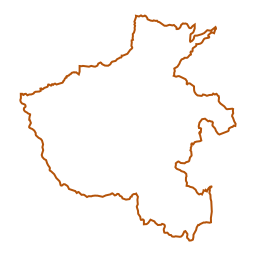 the border of Henan
{"feature_id": "CHN-1812", "entity_name": "Henan", "entity_type": "Province", "adm_level": 1, "iso_a3": "CHN", "parent_name": "China", "parent_adm1": "", "projection": "equal_earth", "projection_center": [114.102, 33.88], "detail": "fine", "context": "isolated", "style": "outline", "palette": "amber", "viewbox_px": 256, "rotation_deg": 0, "n_neighbors": 0, "source": "natural_earth", "source_scale": "10m", "svg_char_len": 5770}
<svg xmlns="http://www.w3.org/2000/svg" viewBox="0 0 256 256"><path d="M141.0,15.4L142.3,16.3L144.1,16.1L144.8,15.6L145.6,15.9L147.1,17.7L147.6,19.3L150.7,20.6L152.9,20.9L153.7,20.4L155.7,20.9L157.0,20.7L157.8,21.7L159.5,22.2L164.4,25.7L166.5,25.8L169.5,24.8L172.4,25.4L173.9,25.0L176.3,27.2L176.6,27.7L176.5,28.9L176.9,29.1L178.4,28.9L179.1,28.5L180.3,27.2L181.2,24.9L183.0,23.4L183.9,23.7L185.6,23.5L187.1,24.1L189.2,27.8L190.1,28.2L191.0,28.0L192.6,26.1L194.7,24.6L194.7,28.5L193.5,31.9L192.7,32.9L190.9,34.0L190.5,34.7L190.0,41.0L190.4,41.8L192.0,40.9L193.3,39.5L193.8,38.5L194.3,36.3L195.0,35.6L197.1,35.6L201.8,34.2L204.2,33.1L207.3,30.2L210.5,30.7L211.7,30.1L215.5,27.1L216.0,28.2L215.9,29.0L215.1,29.8L214.1,33.2L211.8,32.3L211.4,32.7L211.1,32.6L208.4,35.0L208.2,35.9L209.1,36.7L209.2,37.1L208.8,37.7L205.0,38.4L203.9,39.2L202.3,42.0L201.4,43.0L200.1,43.7L197.4,44.2L196.3,44.1L196.3,45.3L195.9,46.1L192.9,48.2L192.6,48.9L192.6,50.8L192.3,51.5L190.8,51.6L190.5,52.5L191.0,54.2L190.8,54.7L189.7,55.1L187.7,57.4L187.0,57.8L184.4,57.8L183.8,58.6L181.6,59.4L180.2,61.6L179.4,63.7L177.4,66.7L174.3,68.5L174.8,71.1L174.2,72.8L174.2,74.8L173.7,75.8L176.1,76.7L178.2,76.1L179.3,76.2L185.5,79.2L186.9,81.2L186.7,83.9L187.2,84.3L188.2,83.4L189.8,83.4L194.0,86.4L194.1,90.1L194.5,91.8L195.9,94.0L197.5,95.4L201.4,95.9L202.3,95.5L203.0,94.5L204.9,94.9L206.9,95.8L209.4,95.0L212.3,94.8L213.2,93.6L214.9,94.5L216.3,93.8L216.9,94.2L217.8,95.7L218.6,96.0L219.0,97.5L218.7,100.5L218.8,101.4L220.4,103.5L224.3,106.4L226.1,108.7L227.0,109.2L232.4,108.7L233.1,109.0L232.9,111.0L233.2,113.3L232.3,114.9L232.1,116.2L233.1,118.1L234.2,121.3L235.6,123.8L235.3,126.0L233.6,125.7L232.6,126.9L231.6,127.0L229.3,128.2L228.9,128.7L228.6,130.6L228.2,131.1L219.4,134.5L217.9,133.6L216.0,130.9L215.1,128.5L212.6,125.8L212.4,125.1L212.9,122.7L212.3,121.7L210.5,121.3L209.5,120.8L208.2,121.3L205.0,118.7L202.1,119.2L199.5,122.6L198.7,126.3L199.0,128.0L200.7,128.2L201.1,128.7L200.8,132.3L200.6,132.6L199.7,132.1L199.2,133.0L200.1,135.2L201.3,140.5L199.9,141.2L196.6,141.6L194.7,142.2L193.2,144.4L192.7,144.3L192.0,143.4L191.6,143.6L191.3,144.3L191.5,146.2L190.8,147.6L190.9,149.0L190.4,150.4L191.2,151.4L191.6,155.1L191.5,155.7L190.0,157.5L189.2,160.8L188.5,161.5L186.1,162.2L184.6,163.3L180.8,163.0L178.6,161.5L177.8,161.7L175.8,163.3L175.9,165.0L175.4,167.1L176.2,168.3L177.1,169.0L180.1,170.1L181.3,171.1L184.2,172.0L186.2,173.8L186.5,176.3L186.0,177.4L185.9,180.1L186.1,181.1L187.0,182.8L186.6,185.8L188.7,186.1L190.0,186.8L192.8,187.5L195.6,189.7L197.0,192.5L198.6,194.1L199.2,194.4L200.7,193.8L201.5,193.9L202.0,194.4L203.4,191.5L203.6,190.3L205.3,190.9L205.7,190.0L206.9,191.3L207.6,189.8L208.8,188.0L210.2,186.7L211.4,186.5L211.5,186.8L209.7,188.5L209.4,189.3L209.9,190.0L209.4,193.0L210.4,194.8L210.6,198.7L211.3,201.4L211.8,211.7L210.9,218.1L211.0,222.3L209.7,222.7L206.1,222.2L205.1,222.6L203.6,222.5L200.0,224.2L199.2,225.0L198.2,224.9L196.7,227.4L196.1,230.0L193.5,234.7L193.4,237.2L192.9,239.6L191.6,240.3L189.8,240.6L189.3,240.5L188.5,239.1L187.2,237.9L187.0,236.6L187.4,235.1L187.4,233.9L185.4,231.1L184.3,231.5L182.6,235.1L181.2,236.5L179.9,236.8L175.6,236.3L174.2,236.7L172.7,236.6L171.9,236.3L171.1,235.1L169.3,234.9L167.4,232.7L165.0,232.8L164.3,232.5L163.8,230.2L163.8,229.0L164.7,227.1L164.9,226.0L164.5,224.9L163.8,224.4L162.1,223.9L161.0,224.8L157.9,225.0L155.4,222.9L154.4,221.4L150.5,219.7L148.3,222.8L147.4,223.6L146.5,224.1L143.9,224.3L143.9,220.3L142.8,219.4L141.9,219.9L141.0,219.9L140.6,219.1L140.2,216.7L138.2,213.8L138.0,210.7L136.9,207.3L136.8,206.5L137.8,204.3L137.4,199.8L137.9,196.7L136.1,193.6L135.4,194.1L134.0,194.0L132.6,194.7L132.1,195.3L131.7,196.6L131.0,196.6L130.3,197.3L129.9,198.5L129.4,199.1L126.0,199.6L122.5,198.4L121.9,197.0L121.3,196.4L119.9,195.9L119.0,194.4L118.5,194.0L117.3,193.9L115.9,195.1L114.8,195.4L112.5,193.4L111.4,193.6L110.7,194.3L105.8,195.4L102.7,196.8L97.6,195.7L94.9,195.6L92.4,195.9L91.5,196.3L88.7,196.2L87.0,197.0L84.4,195.0L83.4,194.7L81.5,194.8L78.7,192.1L78.2,192.0L76.8,193.0L75.3,191.1L69.0,189.0L67.8,186.4L67.2,185.8L64.9,184.3L63.7,184.2L61.8,185.6L61.0,185.5L60.5,184.9L60.0,182.4L59.4,181.1L56.3,178.0L54.2,174.2L51.2,171.4L49.8,170.5L49.6,169.8L49.9,168.2L49.7,167.5L48.0,165.1L47.0,163.0L46.1,160.1L44.1,159.0L42.4,157.1L41.7,155.0L43.2,150.1L42.4,147.2L43.1,144.4L42.0,140.5L40.8,139.0L38.6,137.8L36.0,135.4L35.7,134.5L35.7,133.0L34.3,130.6L32.3,129.0L30.1,128.1L29.2,127.4L29.2,126.4L30.9,123.0L29.8,120.1L29.3,120.0L29.2,119.6L29.6,116.5L30.1,115.1L30.1,114.3L28.0,113.4L27.1,112.6L25.1,111.5L24.3,110.6L23.9,109.8L23.9,108.7L24.1,108.0L25.4,106.9L25.6,106.2L25.3,105.1L24.6,104.4L21.9,103.4L20.8,101.9L20.4,100.7L20.4,99.7L20.9,98.2L20.8,93.8L22.2,93.8L23.3,95.0L23.7,94.9L24.2,94.1L25.8,93.8L27.4,95.3L29.2,94.5L31.4,94.4L33.4,93.6L33.8,93.3L34.1,92.6L35.4,91.8L39.4,91.5L40.8,90.7L40.4,88.6L41.2,88.4L42.5,89.3L43.1,89.0L44.3,87.9L47.2,86.9L47.7,86.5L48.2,84.6L48.8,84.5L51.0,85.6L51.4,85.5L51.8,84.4L52.2,84.2L53.2,84.8L54.3,83.8L55.1,83.6L56.5,84.5L62.4,82.7L62.8,82.4L63.3,81.1L64.0,80.6L65.0,78.4L66.6,77.5L66.3,76.6L66.8,76.1L68.7,75.6L69.5,74.6L70.6,74.2L71.8,72.8L74.1,72.2L74.7,72.5L76.1,72.3L78.8,74.4L79.6,71.6L79.6,66.0L81.8,66.2L82.9,65.9L89.0,66.7L91.2,65.9L94.2,66.6L95.4,66.6L97.4,65.6L98.3,63.6L100.5,62.5L101.1,62.8L102.2,64.2L105.0,65.6L108.2,65.7L110.3,64.3L111.1,62.8L112.2,61.7L115.6,60.9L117.3,59.0L118.8,58.4L119.6,57.7L121.1,57.5L121.6,56.8L121.7,55.6L122.7,55.7L127.4,53.8L130.1,50.0L131.7,48.7L132.2,48.0L132.2,47.3L131.4,45.9L131.8,42.4L131.6,41.2L131.7,40.3L133.0,39.8L132.6,38.1L132.9,36.3L132.8,34.1L134.0,32.5L134.8,29.7L134.6,27.6L135.1,25.8L134.4,24.5L135.1,23.0L134.4,21.8L136.1,16.8L136.0,15.8L139.0,16.5L141.0,15.4Z" fill="none" stroke="#b45309" stroke-width="2"/></svg>